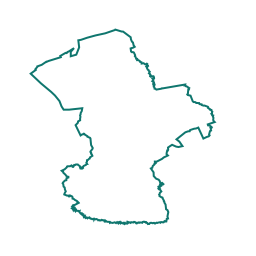 outline of Tepotzotlán, México, Mexico, rotated 260°
{"feature_id": "50627088B87639094921264", "entity_name": "Tepotzotlán", "entity_type": "district", "adm_level": 2, "iso_a3": "MEX", "parent_name": "Mexico", "parent_adm1": "México", "projection": "equal_earth", "projection_center": [-99.315, 19.719], "detail": "fine", "context": "isolated", "style": "outline", "palette": "teal", "viewbox_px": 256, "rotation_deg": 260, "n_neighbors": 0, "source": "geoboundaries", "source_scale": "gbopen_adm2", "svg_char_len": 5692}
<svg xmlns="http://www.w3.org/2000/svg" viewBox="0 0 256 256"><g transform="rotate(260 128 128)"><path d="M154.3,193.7L155.3,194.6L155.8,194.2L156.7,195.2L158.8,193.0L159.1,192.2L159.9,192.0L160.0,191.3L160.9,191.8L161.0,168.7L161.2,168.4L160.9,167.5L160.9,163.3L160.9,162.6L162.2,161.5L162.2,161.0L163.5,161.0L164.2,160.5L165.5,161.4L166.2,160.4L166.7,160.4L166.9,161.4L167.8,160.8L168.1,160.9L168.2,161.5L168.6,161.5L169.9,160.1L170.9,161.4L172.4,160.7L172.5,161.4L172.2,161.8L172.4,162.3L173.5,162.4L174.5,162.1L174.8,160.5L174.5,159.4L175.1,158.8L176.1,159.5L176.7,158.9L177.4,159.0L178.2,158.1L179.6,159.2L180.7,158.4L181.5,158.3L182.0,157.6L183.7,157.1L184.3,157.4L185.3,156.6L185.7,157.1L185.7,158.5L186.0,158.5L187.0,157.4L187.8,158.0L188.1,157.7L187.7,156.8L187.7,156.0L189.1,154.6L189.1,152.6L190.4,152.7L191.0,151.4L191.8,151.3L193.0,150.0L193.2,148.9L193.8,149.2L194.5,149.1L194.7,148.1L196.6,147.8L197.6,147.2L198.4,147.7L201.3,146.9L201.8,146.2L202.0,145.0L202.8,144.3L205.9,144.4L206.3,147.3L206.8,148.7L208.4,147.9L211.4,147.7L212.3,146.9L214.8,146.3L216.9,146.4L223.8,139.9L224.1,138.5L227.1,132.6L226.8,132.3L225.2,122.0L224.8,112.1L224.0,103.5L223.0,97.0L223.0,94.3L215.9,93.9L209.2,89.8L208.6,84.1L213.0,84.9L216.0,88.7L215.0,86.2L214.7,86.0L214.7,85.5L213.7,83.1L213.4,81.8L212.8,81.3L212.9,80.9L212.5,80.3L212.8,79.8L212.6,79.0L210.7,73.8L209.4,74.1L207.8,61.4L207.2,59.0L207.4,58.9L205.2,54.0L204.4,49.4L204.0,49.4L202.0,47.0L201.2,47.3L198.4,41.6L187.1,50.0L176.9,58.6L172.7,61.7L166.4,65.2L160.8,66.3L157.2,67.8L156.3,72.9L155.4,86.4L152.7,85.4L150.8,83.9L149.9,83.8L148.8,83.0L147.3,83.1L145.4,82.4L143.9,82.2L143.2,80.0L141.8,79.5L139.9,76.9L128.9,80.0L129.7,81.9L129.6,82.6L130.1,83.5L129.8,84.0L129.1,84.2L127.0,86.6L126.5,86.5L124.9,88.9L124.2,89.2L117.6,88.7L114.4,89.8L113.5,89.3L111.5,87.1L111.0,86.8L110.0,87.4L109.1,87.1L108.5,87.7L106.8,88.1L105.7,85.5L104.6,85.0L104.5,84.4L103.5,83.0L103.4,82.0L102.1,81.8L101.1,81.0L99.7,81.5L99.8,80.9L99.0,80.2L98.3,77.7L97.3,76.5L96.5,76.8L96.0,76.1L96.1,75.0L96.4,74.1L97.1,74.0L97.1,74.8L97.4,75.0L98.0,74.1L98.9,73.9L100.1,72.6L100.7,72.3L101.0,71.3L101.1,70.1L100.7,69.5L101.0,68.6L100.5,68.1L99.6,67.8L99.2,67.2L99.4,66.6L100.5,66.4L101.0,65.8L100.4,64.5L100.8,61.7L100.6,61.2L99.9,60.9L98.3,58.4L97.4,55.3L96.5,56.0L96.4,56.5L95.1,56.6L92.9,58.3L91.4,59.0L90.5,60.1L90.3,60.8L89.6,60.7L89.2,58.7L87.3,58.2L87.2,56.7L85.5,54.4L84.9,54.0L84.0,54.5L81.5,54.4L80.4,55.3L78.4,55.2L76.4,55.7L74.5,54.1L73.6,53.7L72.0,56.2L71.8,57.3L70.8,58.0L70.8,58.4L71.7,58.8L71.5,59.5L70.8,60.1L70.7,60.7L69.5,61.4L68.1,61.1L67.5,62.3L66.3,63.3L65.1,64.9L63.3,66.2L63.1,65.6L62.7,66.0L61.3,61.6L61.6,60.7L60.3,59.3L59.5,60.7L58.5,59.0L58.2,59.5L56.7,59.9L57.9,60.7L58.0,61.7L56.1,61.2L55.3,61.7L56.6,62.3L56.7,62.7L55.4,63.0L55.0,64.7L54.6,64.8L54.4,65.4L54.5,65.8L53.9,65.5L52.1,66.4L52.0,66.6L52.3,66.8L52.1,67.5L51.5,67.2L51.1,68.3L50.6,67.7L50.3,67.9L49.3,70.3L48.5,69.7L48.4,69.0L47.9,69.1L48.1,69.5L47.6,69.7L47.6,70.5L46.7,70.8L47.1,71.8L46.1,72.4L46.6,73.3L46.3,74.1L46.5,74.5L45.8,74.7L45.7,75.2L45.0,75.8L45.0,76.3L44.4,76.9L44.4,77.9L44.6,78.1L44.6,78.7L43.9,78.7L44.3,79.0L44.0,79.8L43.7,80.1L43.8,81.2L42.8,82.5L42.3,82.6L42.2,84.1L41.7,84.4L41.8,85.3L42.1,86.1L41.6,86.5L41.7,87.2L41.1,88.3L39.9,88.7L39.8,89.2L40.8,89.6L39.3,91.1L38.7,93.8L37.7,93.8L37.9,94.5L37.2,96.3L37.4,98.6L36.4,99.7L37.2,100.9L36.3,101.5L36.8,101.7L36.9,102.7L36.1,102.6L36.8,103.7L35.6,104.0L36.2,104.7L35.5,105.0L35.5,105.4L34.8,106.6L35.5,107.0L35.3,108.0L34.6,107.5L34.0,108.0L34.5,108.7L34.0,110.6L35.1,110.9L34.7,111.4L34.8,111.6L35.5,111.6L34.9,112.6L34.6,112.4L34.8,113.6L34.1,114.1L34.6,115.3L34.0,116.8L34.5,117.5L34.3,118.4L33.5,118.9L33.3,119.6L32.7,119.6L32.5,120.0L32.9,120.4L32.9,121.6L33.2,121.8L33.1,122.6L32.7,122.8L32.8,124.2L32.2,125.6L32.9,126.1L33.0,127.5L32.5,128.0L32.5,128.7L32.2,129.5L31.5,129.4L31.2,130.4L30.0,130.9L30.1,131.5L29.9,131.7L29.8,132.2L30.5,133.0L30.7,134.2L29.9,135.9L30.1,136.4L30.0,137.3L29.2,138.0L29.8,139.6L29.4,140.3L29.6,141.2L29.6,143.1L29.1,143.5L29.6,144.3L29.3,145.5L28.9,146.1L29.0,146.9L29.7,147.4L30.0,148.1L29.4,148.7L29.3,149.5L31.8,150.4L31.9,151.7L34.1,151.5L38.2,153.1L40.3,152.6L41.4,151.4L46.1,151.7L48.1,150.9L49.0,151.0L49.6,150.6L50.0,150.8L52.4,150.0L53.0,150.0L53.6,149.8L53.8,149.1L55.5,147.2L56.4,147.4L57.0,147.1L57.6,147.7L58.6,148.1L59.7,149.8L61.8,148.9L62.2,147.9L62.9,147.5L63.3,148.5L63.8,147.9L64.8,147.8L64.8,149.5L65.3,150.7L66.2,150.4L65.9,149.2L67.1,149.9L66.3,151.3L66.5,152.4L66.3,152.6L66.6,153.1L67.7,152.3L67.4,152.0L68.5,150.7L68.6,150.2L70.3,150.0L71.8,149.2L73.2,146.9L76.2,145.0L79.9,145.5L84.2,143.5L84.6,145.0L86.3,145.8L87.5,147.7L88.0,147.7L88.6,149.3L89.1,149.4L89.8,148.5L90.3,148.6L89.9,150.4L91.7,156.2L92.8,158.1L94.0,162.5L95.6,161.4L97.7,162.1L98.4,162.7L98.9,162.7L98.8,163.2L99.6,163.8L101.8,164.0L103.0,166.6L103.8,168.5L101.3,172.2L100.5,174.4L100.7,178.5L105.7,176.2L108.4,173.8L113.8,183.7L114.3,186.6L114.1,188.2L115.2,188.8L115.8,193.0L115.7,195.0L116.2,197.3L104.5,200.4L105.5,204.0L105.8,206.1L106.6,207.1L107.5,206.7L110.7,208.2L111.1,209.4L112.9,209.3L113.7,210.3L114.2,209.5L114.8,210.2L116.3,208.7L116.7,207.3L117.7,207.2L118.8,214.4L120.1,213.5L121.2,213.3L123.2,213.9L124.3,213.6L125.5,214.1L125.9,213.1L126.8,213.2L127.5,212.6L127.9,213.3L128.7,213.4L129.3,213.8L129.6,213.5L131.3,213.3L131.5,212.4L132.1,212.2L132.1,211.7L132.7,211.5L133.9,210.3L134.5,210.6L135.0,210.4L136.8,207.3L137.0,206.1L137.8,204.6L138.5,204.6L139.1,202.6L140.2,202.4L140.8,199.5L141.4,199.2L141.9,198.5L142.1,197.2L143.0,196.4L149.0,195.2L150.1,192.6L150.7,192.2L151.6,193.0L154.3,193.7Z" fill="none" stroke="#0f766e" stroke-width="2"/></g></svg>